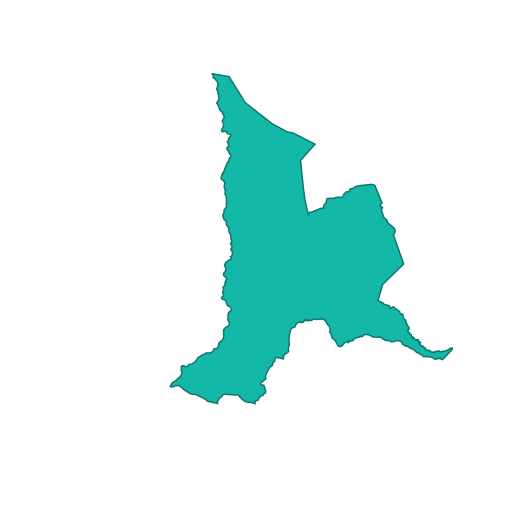 Changara, Tete, Mozambique, rotated 151°
{"feature_id": "85939544B96154885816761", "entity_name": "Changara", "entity_type": "district", "adm_level": 2, "iso_a3": "MOZ", "parent_name": "Mozambique", "parent_adm1": "Tete", "projection": "mercator", "projection_center": [33.152, -16.661], "detail": "fine", "context": "isolated", "style": "filled", "palette": "teal", "viewbox_px": 512, "rotation_deg": 151, "n_neighbors": 0, "source": "geoboundaries", "source_scale": "gbopen_adm2", "svg_char_len": 6112}
<svg xmlns="http://www.w3.org/2000/svg" viewBox="0 0 512 512"><g transform="rotate(151 256 256)"><path d="M213.0,410.6L216.1,409.0L216.2,404.5L216.8,402.0L216.6,400.0L215.9,398.9L216.1,397.4L215.8,396.4L216.2,395.1L216.1,393.5L217.0,392.5L219.9,390.5L220.3,389.5L220.2,387.6L220.7,386.4L222.1,384.9L224.4,383.4L225.4,382.2L225.4,381.2L224.8,380.7L222.5,380.2L222.1,379.8L221.6,376.6L219.8,375.5L219.2,374.2L219.5,373.3L223.1,372.2L223.9,370.3L225.8,369.7L226.0,366.4L226.4,365.4L229.2,364.6L229.7,362.4L229.2,361.5L229.6,359.0L229.2,356.6L229.9,355.0L231.1,354.8L232.1,354.2L232.0,353.5L233.3,353.1L233.6,351.7L236.1,351.6L236.6,350.7L241.1,347.4L242.5,346.0L244.1,344.8L245.0,344.8L244.9,343.9L246.5,343.7L246.9,342.8L247.7,342.4L248.4,341.5L249.0,339.8L247.9,337.7L247.6,336.2L248.1,334.8L250.4,331.8L251.1,328.2L253.2,324.9L252.9,323.4L254.3,319.9L255.1,318.8L255.2,318.0L256.5,316.2L256.9,315.0L258.6,312.9L261.7,311.6L263.0,309.4L264.6,308.4L265.6,307.3L266.2,303.1L265.1,300.9L266.5,298.0L266.6,296.1L266.1,293.7L266.8,292.9L268.1,289.5L267.8,287.4L268.5,285.2L269.7,283.3L269.9,280.7L272.5,279.0L271.9,276.9L273.3,274.7L274.5,274.3L274.9,273.8L275.0,273.0L274.5,271.7L275.7,268.9L278.5,267.1L278.7,267.3L278.7,265.9L279.3,265.2L281.8,265.6L283.6,265.2L284.8,265.3L287.5,263.7L288.2,262.4L288.3,259.7L288.7,258.8L290.3,257.5L292.9,256.4L293.6,255.1L293.5,253.6L292.5,251.7L292.8,250.0L295.4,248.4L297.1,245.9L300.1,244.4L301.1,241.2L302.3,241.0L302.9,240.0L303.6,237.0L306.3,236.3L306.6,235.4L306.2,234.2L304.3,232.4L304.1,231.7L304.9,228.1L304.9,226.8L304.5,225.4L303.3,224.2L303.0,223.4L303.3,221.3L303.5,220.8L304.3,220.4L306.7,220.1L308.9,218.5L309.2,217.4L311.4,214.0L311.9,210.2L312.4,209.2L314.3,208.0L316.6,208.3L318.4,207.9L320.2,207.1L321.0,205.2L322.1,203.7L322.4,202.5L324.1,200.2L326.1,198.8L330.5,198.0L332.9,195.1L334.5,194.2L335.5,194.2L337.7,195.1L339.6,193.6L342.1,193.2L345.2,194.3L346.1,195.3L349.3,195.2L351.9,195.6L353.7,195.1L354.7,195.3L356.6,195.0L357.7,194.2L360.7,192.9L364.4,192.6L367.1,193.6L369.9,192.7L371.4,193.3L372.4,195.2L374.3,195.9L375.6,194.6L375.9,193.3L376.8,192.6L377.3,189.6L379.3,187.9L381.0,187.0L383.5,186.9L385.2,186.1L388.8,185.6L390.4,185.9L394.2,183.6L393.9,182.9L392.9,182.2L387.4,180.9L385.9,179.8L383.3,172.8L382.5,171.7L380.6,167.8L379.5,166.7L375.6,163.8L370.2,156.2L368.7,152.4L361.1,145.7L360.9,146.9L357.0,149.4L354.6,149.5L352.1,150.7L350.7,150.5L341.0,144.1L339.0,143.7L338.1,138.7L336.1,134.1L334.8,132.7L331.3,130.3L328.5,127.4L328.4,128.0L326.7,129.5L323.9,128.9L322.2,130.4L319.4,131.2L317.8,130.7L316.4,131.5L314.0,131.7L313.0,133.0L311.9,138.2L312.1,139.3L313.9,140.9L314.1,142.1L313.0,142.7L307.0,143.8L306.3,145.9L303.1,148.8L298.3,151.9L294.7,152.3L293.1,154.5L290.9,154.8L288.7,157.4L287.2,157.5L282.1,152.8L279.5,155.8L273.8,156.6L272.7,159.2L271.8,160.6L270.0,162.0L268.1,166.3L264.4,171.6L261.0,175.1L259.4,175.6L256.4,175.1L254.6,176.7L251.1,177.5L249.5,177.1L249.5,176.4L248.7,176.4L247.6,175.2L246.6,175.3L245.7,176.0L244.7,175.7L244.5,176.5L243.6,176.7L243.2,175.1L242.5,175.0L241.7,174.0L241.0,174.6L240.3,174.2L240.3,173.6L238.6,172.7L236.2,173.2L234.9,171.9L230.9,169.7L229.3,169.3L228.4,168.2L227.2,167.6L226.6,164.7L226.6,161.4L225.9,159.5L226.9,155.0L228.1,154.4L228.5,153.6L228.1,150.8L229.1,148.1L228.7,146.1L227.7,144.0L227.8,137.4L225.8,135.7L223.5,136.0L219.6,137.5L218.0,136.6L217.1,135.4L216.2,136.1L215.8,137.0L214.7,135.8L212.5,135.1L211.7,135.2L209.9,136.3L207.7,135.6L206.6,135.7L204.7,134.8L203.2,135.3L202.5,134.1L201.8,134.0L199.9,134.7L198.3,134.3L195.4,132.3L192.8,128.2L186.2,124.5L185.2,121.9L184.2,120.8L183.9,119.6L180.4,117.3L179.5,115.5L177.6,114.6L176.4,114.4L175.9,114.0L174.3,114.0L171.4,112.0L170.4,110.5L170.4,107.3L168.6,104.4L167.1,103.3L165.4,100.0L163.6,98.2L163.2,96.5L162.5,95.4L162.3,93.7L160.7,92.6L160.2,90.6L159.0,89.6L158.7,87.5L156.9,85.8L154.6,84.8L151.8,82.7L150.1,80.5L149.4,78.7L146.2,78.0L144.4,76.6L143.2,75.0L140.2,75.8L130.8,78.8L129.4,79.5L129.0,80.3L130.6,81.0L133.0,80.7L137.1,81.2L138.4,82.0L139.5,81.9L139.7,82.4L140.5,82.4L141.5,83.1L141.9,84.2L143.6,84.6L143.8,85.2L145.8,85.0L146.6,85.9L147.1,85.4L147.7,85.4L147.8,86.0L148.5,86.2L148.9,86.8L149.6,86.8L149.9,87.4L149.6,87.6L149.9,87.9L149.7,88.9L152.2,90.7L152.0,90.9L152.2,91.4L153.3,92.5L152.7,93.8L153.5,94.1L153.3,94.7L154.1,95.4L153.8,96.2L154.7,96.3L154.5,97.1L155.5,97.8L155.2,98.4L155.7,98.9L155.4,99.3L155.7,99.9L154.0,100.6L154.3,101.5L155.2,101.3L155.8,102.6L154.8,103.6L155.4,103.7L155.2,104.5L156.0,105.0L157.1,105.0L157.8,107.2L157.5,108.0L158.2,108.1L158.2,108.9L158.8,108.7L159.1,109.0L158.9,109.3L159.5,109.4L158.7,110.9L158.8,111.5L158.2,112.2L159.4,112.8L159.7,113.7L158.9,114.5L159.6,115.8L159.6,116.5L159.0,117.6L158.6,117.4L158.2,117.8L157.5,117.8L157.6,118.5L156.7,120.1L157.5,122.0L157.0,122.8L157.4,124.0L156.5,125.4L156.8,126.1L156.3,127.3L156.3,127.7L156.9,128.2L157.0,130.2L156.0,133.8L156.3,134.6L157.7,134.8L158.0,135.2L157.4,137.2L157.5,138.2L159.2,141.6L160.2,144.7L160.9,145.1L164.0,145.1L164.2,145.8L163.6,147.0L163.6,148.1L166.6,150.7L167.9,152.6L167.6,153.2L171.0,157.9L158.9,169.8L130.7,177.4L125.6,207.6L122.5,209.7L121.7,211.8L121.8,213.9L124.7,221.0L124.1,223.8L125.2,226.8L125.4,228.4L123.9,236.0L121.9,236.9L122.0,237.7L122.9,238.9L123.1,240.0L122.4,240.6L120.1,241.2L117.8,260.2L120.1,262.6L131.9,267.5L135.1,268.5L138.3,268.0L140.1,268.8L141.4,268.9L143.4,267.1L146.0,268.3L149.2,267.3L150.1,266.9L150.8,266.1L151.9,265.6L153.1,265.8L154.2,266.8L157.0,268.2L158.6,268.6L160.2,268.6L161.8,269.8L165.8,271.7L166.3,271.5L166.9,270.6L167.7,270.2L169.2,268.1L170.0,268.3L172.3,267.1L173.8,265.1L174.3,265.1L175.4,266.0L177.5,266.5L180.5,266.6L183.5,267.3L185.2,267.1L187.6,268.1L189.8,267.7L190.5,266.1L185.9,281.6L181.2,293.5L170.7,318.0L150.2,325.2L164.1,345.8L167.5,348.4L169.3,350.6L177.7,363.7L191.1,395.4L192.6,426.0L206.4,437.0L205.6,435.2L206.7,433.2L206.8,432.1L205.9,431.0L205.8,428.9L205.3,427.5L205.5,425.8L207.3,423.1L209.6,420.8L209.4,418.7L210.3,417.2L210.9,414.4L211.7,413.1L211.7,411.9L213.0,410.6Z" fill="#14b8a6" stroke="#0f766e" stroke-width="1.5"/></g></svg>